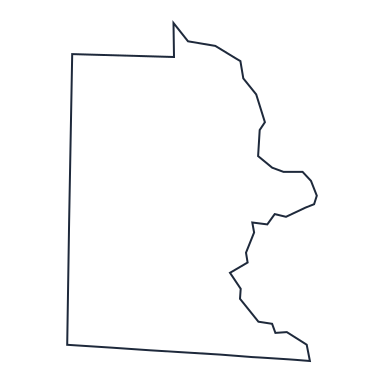 Brooks, Georgia, United States of America (Natural Earth projection)
{"feature_id": "52423323B17696390858849", "entity_name": "Brooks", "entity_type": "district", "adm_level": 2, "iso_a3": "USA", "parent_name": "United States of America", "parent_adm1": "Georgia", "projection": "natural_earth1", "projection_center": [-83.482, 30.858], "detail": "fine", "context": "isolated", "style": "outline", "palette": "slate", "viewbox_px": 384, "rotation_deg": 0, "n_neighbors": 0, "source": "geoboundaries", "source_scale": "gbopen_adm2", "svg_char_len": 689}
<svg xmlns="http://www.w3.org/2000/svg" viewBox="0 0 384 384"><path d="M67.2,344.8L109.3,347.5L111.0,347.6L150.2,350.3L220.5,354.6L252.5,357.1L258.1,357.4L264.7,357.8L289.5,359.4L296.2,359.9L309.9,361.0L306.7,344.7L286.8,332.1L275.4,332.9L272.1,323.8L258.4,321.7L240.0,298.8L240.7,288.8L230.0,272.8L247.6,262.5L246.0,252.7L254.1,232.5L252.3,222.5L267.3,224.4L274.7,214.1L286.0,216.8L305.5,207.6L314.1,204.2L316.8,195.7L311.0,180.9L302.6,171.9L283.6,171.9L272.2,167.7L258.1,156.1L259.7,130.0L264.9,122.2L256.2,94.4L243.3,78.4L240.4,61.1L235.8,58.4L215.3,45.9L188.0,41.3L173.5,23.0L174.0,57.0L72.2,54.1L69.1,222.4L68.2,280.7L67.2,344.8Z" fill="none" stroke="#1e293b" stroke-width="2"/></svg>